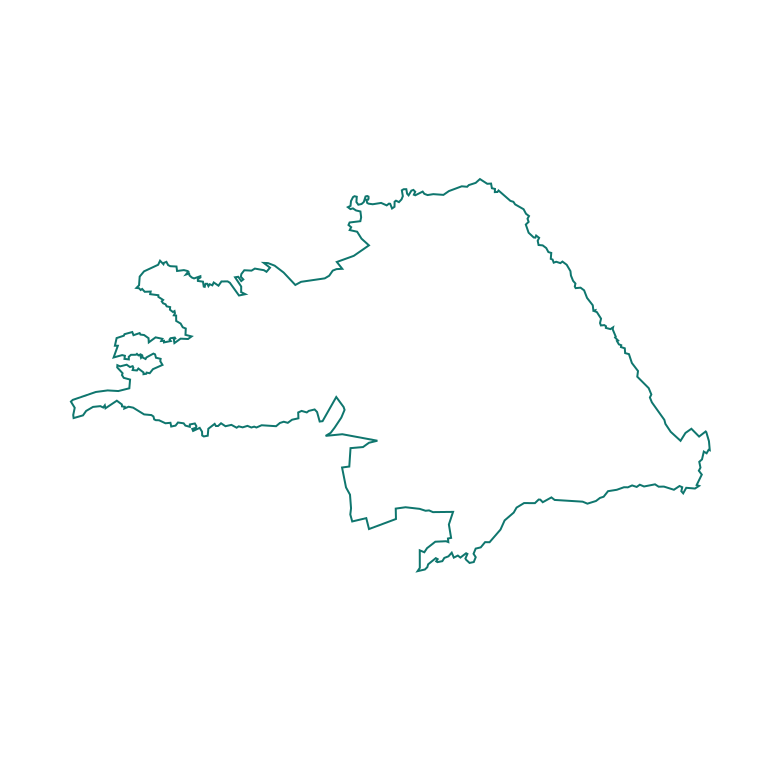 Paso del Macho, Veracruz, Mexico, rotated 171°
{"feature_id": "50627088B33800326968112", "entity_name": "Paso del Macho", "entity_type": "district", "adm_level": 2, "iso_a3": "MEX", "parent_name": "Mexico", "parent_adm1": "Veracruz", "projection": "albers", "projection_center": [-96.642, 18.948], "detail": "fine", "context": "isolated", "style": "outline", "palette": "teal", "viewbox_px": 768, "rotation_deg": 171, "n_neighbors": 0, "source": "geoboundaries", "source_scale": "gbopen_adm2", "svg_char_len": 6148}
<svg xmlns="http://www.w3.org/2000/svg" viewBox="0 0 768 768"><g transform="rotate(171 384 384)"><path d="M380.1,193.9L372.6,194.4L369.9,196.3L368.6,199.0L360.1,203.9L358.4,202.6L360.2,200.7L359.1,199.7L354.1,199.9L351.6,202.8L347.3,203.7L343.5,206.8L342.2,201.6L337.9,203.0L335.7,200.6L329.4,204.0L328.2,203.1L330.9,198.9L330.4,197.6L327.5,193.9L323.2,194.1L320.5,198.6L322.1,202.3L319.2,207.1L314.0,207.5L308.9,212.0L304.5,211.2L291.7,222.0L286.2,230.4L276.0,236.7L272.4,241.2L264.3,244.5L253.6,242.7L249.3,245.7L247.7,245.3L245.7,242.4L236.4,245.8L233.6,242.8L206.2,236.7L201.8,234.0L192.9,235.3L188.5,237.7L184.7,238.3L179.5,243.1L170.6,243.1L163.1,244.5L159.3,243.8L154.8,245.0L150.5,242.8L147.1,244.5L143.2,242.1L132.0,242.5L128.8,239.6L123.6,238.9L114.2,234.2L108.1,237.0L105.6,235.4L107.1,231.6L105.6,229.2L101.7,234.2L93.2,232.1L88.8,234.1L91.0,235.3L84.3,244.8L86.6,249.1L84.5,251.9L84.8,257.8L81.7,259.8L78.7,267.2L76.2,265.1L73.7,268.2L72.6,267.6L72.0,276.7L73.2,286.0L73.7,286.8L81.0,282.8L87.4,291.7L93.9,288.5L100.0,281.5L108.3,291.9L112.3,300.6L112.7,304.7L122.3,324.0L123.5,329.1L121.6,331.8L123.2,338.5L132.7,351.6L131.1,357.1L135.9,366.0L137.4,375.2L141.0,376.8L140.6,381.6L144.2,383.4L143.6,385.2L145.8,386.4L147.2,390.0L146.0,390.3L148.5,393.8L147.7,394.5L149.6,402.3L148.9,404.1L151.8,402.8L156.1,404.7L155.7,406.3L157.2,407.7L160.6,407.9L161.1,410.4L159.4,414.6L162.5,421.7L164.4,422.8L163.8,423.8L165.7,423.6L165.5,429.1L170.0,437.3L171.7,445.2L174.8,448.4L179.7,448.7L180.3,450.4L179.2,453.3L181.1,456.3L182.4,461.9L182.2,466.3L184.9,473.2L188.6,477.0L190.9,475.8L194.8,477.8L197.4,477.3L198.0,480.5L199.7,481.5L198.3,487.3L201.0,488.6L202.5,492.9L205.6,496.1L209.6,497.1L209.8,501.4L207.9,504.1L210.5,506.8L211.6,504.9L213.2,505.3L217.5,510.8L219.0,519.3L215.8,521.5L216.4,524.8L214.5,527.2L217.1,529.9L218.8,534.8L226.4,540.9L227.7,543.7L230.5,545.1L240.6,557.2L241.9,555.9L244.5,556.2L243.9,559.3L246.8,560.5L246.9,565.2L250.7,565.6L257.2,571.4L262.0,568.3L269.1,567.2L271.0,565.8L276.3,567.1L289.7,564.4L295.7,561.5L305.6,563.8L311.4,563.8L314.4,565.5L315.7,568.0L323.6,565.5L324.9,566.3L323.1,569.0L324.6,571.1L326.7,570.7L330.2,566.5L331.4,568.3L331.5,572.9L334.2,573.3L336.1,572.5L336.0,566.6L337.8,563.6L340.8,561.3L343.5,563.2L345.0,562.4L345.9,557.4L348.6,556.1L349.7,561.0L350.8,561.4L353.4,560.0L358.5,563.3L367.0,563.3L371.0,564.5L372.2,565.4L372.7,568.8L370.8,568.6L370.2,569.7L370.0,571.5L371.2,572.3L372.9,572.1L375.5,566.9L378.0,565.3L381.3,565.1L382.8,568.1L381.6,573.2L383.8,574.1L385.4,573.4L388.0,569.8L389.2,565.2L392.0,564.3L389.8,562.0L387.2,562.3L384.5,559.8L380.3,558.1L380.5,552.2L381.9,548.5L392.7,548.9L394.2,546.6L391.9,544.0L393.8,541.4L386.7,538.6L383.5,531.1L377.2,523.3L393.8,515.3L411.5,511.9L407.2,504.3L413.0,504.9L416.9,504.0L421.2,499.5L426.0,497.6L449.9,497.9L456.1,495.7L465.7,509.8L473.5,518.0L479.7,521.6L483.8,522.4L478.4,516.7L482.5,513.2L484.8,515.2L493.5,518.2L497.1,516.7L504.2,518.2L507.7,514.9L508.6,512.3L506.6,509.3L508.9,508.0L511.2,512.7L514.4,512.7L509.8,502.6L510.7,497.1L506.9,494.4L513.4,494.1L520.4,508.1L522.4,509.8L528.5,510.7L532.1,507.0L536.3,510.9L538.1,508.3L540.5,509.8L542.1,508.1L542.8,510.6L544.6,510.9L545.9,508.0L546.8,508.4L546.8,513.4L551.7,514.9L551.5,516.6L548.6,518.0L548.5,519.2L555.1,518.0L557.1,519.2L559.1,521.6L559.2,523.6L562.5,523.1L559.7,525.7L560.3,526.3L563.8,527.8L570.7,528.0L570.6,532.5L576.7,533.8L578.6,535.2L579.8,538.7L582.4,538.1L583.1,536.8L585.9,540.8L588.4,537.1L603.4,532.8L608.5,528.3L610.5,519.8L613.5,517.6L611.0,516.9L609.6,514.9L608.0,515.7L605.9,512.5L600.0,511.8L600.9,509.3L593.0,507.0L593.2,505.3L589.0,501.6L590.6,500.4L589.6,498.3L587.3,496.9L586.5,494.7L583.2,493.4L583.8,490.9L581.2,488.1L579.5,488.8L579.4,486.6L580.8,484.7L578.6,484.1L579.4,478.8L575.4,475.5L573.9,471.5L571.1,469.8L572.4,463.6L566.6,461.1L570.5,459.1L577.8,460.6L584.6,457.2L584.6,461.2L583.0,461.6L583.4,462.6L587.7,462.6L588.8,461.5L587.9,459.8L594.8,459.5L594.5,461.1L597.3,461.3L595.8,463.3L602.3,465.8L609.8,461.9L609.4,466.1L613.3,469.9L616.8,470.9L617.4,472.5L623.8,471.4L624.5,474.7L632.5,473.8L633.4,472.4L640.9,471.2L643.8,463.9L640.9,463.4L646.9,452.5L638.1,453.5L635.5,452.4L636.4,449.4L632.2,448.2L631.8,450.8L629.4,452.4L624.4,451.7L623.3,452.4L622.1,450.7L619.8,451.4L618.8,450.4L620.2,449.7L619.9,447.8L618.3,449.2L618.2,447.9L615.6,446.0L614.5,447.4L607.0,450.1L605.5,449.1L605.1,445.6L600.7,443.8L601.4,441.5L599.8,437.5L609.9,434.8L613.7,431.3L616.7,432.4L617.2,431.3L620.0,431.3L619.7,433.0L624.2,437.7L625.9,436.0L630.1,437.1L629.0,439.3L629.5,440.9L632.3,440.5L635.1,443.3L641.9,442.7L644.4,444.3L644.9,442.1L640.5,435.5L641.4,433.8L640.1,430.8L634.1,428.1L636.2,419.6L647.5,418.6L658.0,420.9L669.9,421.2L693.9,417.0L696.0,415.6L693.2,408.9L695.8,402.0L695.9,398.9L686.2,400.1L682.4,404.0L675.0,406.9L667.6,406.5L665.0,404.7L663.1,406.6L662.9,403.6L650.5,409.3L646.1,404.8L646.3,402.9L643.7,402.1L644.3,400.4L639.8,401.5L635.5,399.9L625.7,391.5L618.6,389.7L616.8,388.0L616.5,385.0L614.9,383.9L611.9,383.4L606.0,379.4L601.0,379.1L600.8,375.3L596.4,375.5L593.5,378.2L588.0,376.5L586.7,374.0L582.5,372.1L582.1,374.4L577.0,374.6L575.9,371.7L576.7,370.2L580.4,369.6L579.9,367.5L572.9,369.5L571.2,365.4L571.6,361.6L570.2,360.4L566.2,360.5L564.5,367.3L557.5,371.1L556.6,368.8L554.4,368.5L551.1,370.7L547.2,367.1L541.1,367.5L536.4,363.9L534.1,364.9L530.4,363.3L525.4,364.0L521.8,361.8L518.9,362.2L516.8,361.0L511.3,362.4L497.2,359.2L492.9,361.8L488.9,362.4L485.1,360.7L480.4,363.1L473.9,363.5L473.2,369.3L469.6,370.3L464.7,368.0L462.5,369.2L456.5,369.7L454.5,366.8L453.4,357.0L450.5,356.9L433.2,378.6L427.5,367.6L427.0,364.6L431.4,357.5L439.6,348.6L444.3,344.1L449.8,341.9L433.0,340.9L399.4,329.0L408.1,328.3L414.6,325.0L427.1,325.9L431.2,307.9L438.5,308.1L437.7,287.8L434.9,280.0L436.0,266.4L437.7,260.4L436.9,253.2L422.5,254.3L421.5,243.1L393.3,248.8L391.9,259.1L382.0,258.9L368.3,255.1L362.8,252.3L359.3,252.1L355.7,249.8L335.8,246.9L341.9,235.1L341.8,221.5L345.0,221.4L345.2,217.8L347.3,219.0L358.0,220.2L367.2,215.1L370.5,211.5L374.7,214.1L377.4,196.8L380.1,193.9Z" fill="none" stroke="#0f766e" stroke-width="2"/></g></svg>